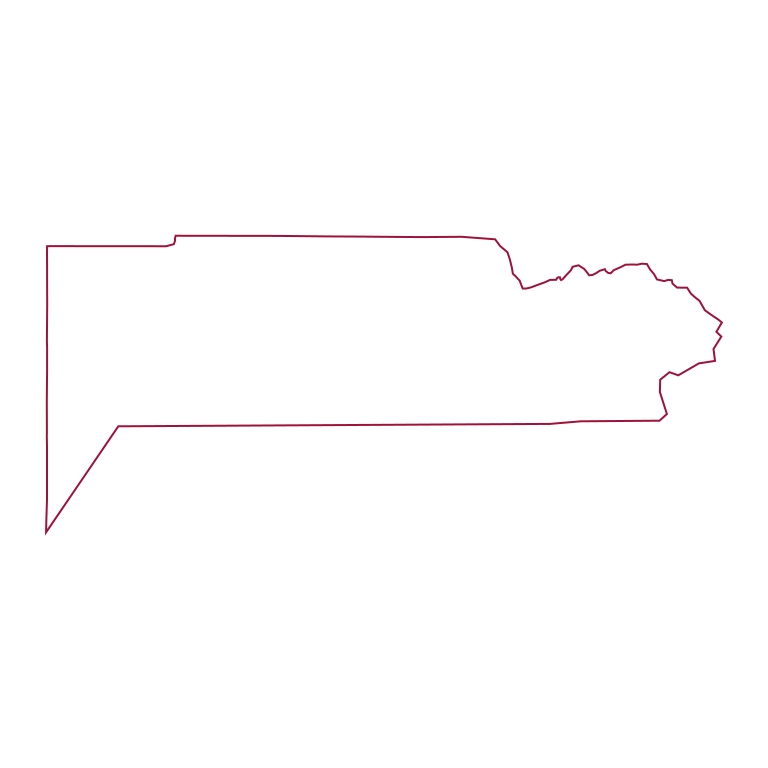 the district of Dolores, Colorado, United States of America
{"feature_id": "52423323B89613253232033", "entity_name": "Dolores", "entity_type": "district", "adm_level": 2, "iso_a3": "USA", "parent_name": "United States of America", "parent_adm1": "Colorado", "projection": "mercator", "projection_center": [-108.387, 37.69], "detail": "fine", "context": "isolated", "style": "outline", "palette": "rose", "viewbox_px": 768, "rotation_deg": 0, "n_neighbors": 0, "source": "geoboundaries", "source_scale": "gbopen_adm2", "svg_char_len": 1592}
<svg xmlns="http://www.w3.org/2000/svg" viewBox="0 0 768 768"><path d="M46.1,532.3L118.3,426.3L550.1,423.9L580.7,421.3L659.5,420.7L666.9,414.0L659.9,392.1L660.2,379.7L669.5,372.2L678.3,375.3L698.8,363.4L715.0,360.9L713.5,349.0L721.3,336.6L716.4,331.8L721.9,322.5L718.2,319.5L711.5,315.0L704.9,310.3L699.5,300.8L694.5,296.9L690.9,293.6L687.1,287.7L677.1,287.6L672.5,283.6L671.8,280.2L668.2,279.9L664.2,281.1L656.9,279.4L654.1,274.2L650.2,269.6L646.9,264.0L641.7,263.7L637.2,264.7L632.5,264.5L625.5,264.7L620.3,267.3L613.7,270.2L610.7,273.3L608.2,272.9L605.7,271.0L604.9,269.2L599.9,270.7L595.5,273.5L592.3,275.0L589.1,275.3L588.1,273.8L584.3,269.0L578.6,265.3L572.6,266.8L570.8,270.4L566.0,275.4L562.5,279.4L561.0,280.0L560.3,279.0L560.0,277.4L558.8,277.2L557.3,277.8L556.1,279.8L550.0,279.9L545.1,282.2L538.7,284.5L530.9,287.4L526.4,288.5L522.7,288.5L522.0,286.9L519.7,280.7L517.8,278.7L515.4,276.0L512.9,273.8L511.8,267.4L509.9,259.6L507.5,252.3L500.2,246.1L495.1,239.3L461.6,236.8L447.5,236.9L433.4,237.0L423.0,237.1L394.5,236.9L362.4,236.6L326.5,236.4L289.2,236.0L271.8,235.9L243.8,235.9L221.3,235.8L204.2,235.8L185.0,235.8L175.7,235.7L174.9,238.6L175.1,240.6L173.8,244.2L165.9,246.3L150.1,246.2L142.4,246.2L136.1,246.2L134.5,246.2L132.2,246.2L129.2,246.2L125.8,246.2L116.7,246.2L110.0,246.2L94.8,246.2L87.0,246.2L79.2,246.2L66.6,246.1L53.4,246.1L47.1,246.2L47.0,252.2L47.1,274.4L47.1,278.9L47.2,304.8L46.9,341.0L47.1,348.1L47.1,367.6L47.1,369.0L46.8,401.6L46.9,432.1L46.8,436.5L47.0,446.3L47.0,499.2L47.0,499.3L46.3,521.4L46.1,532.3Z" fill="none" stroke="#9f1239" stroke-width="2"/></svg>